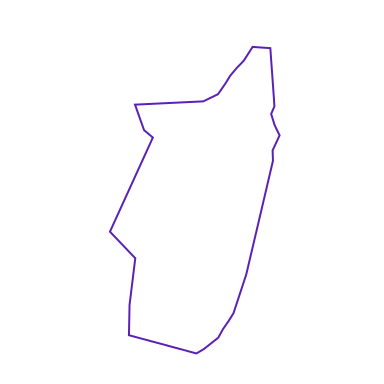 the district of Joca Claudino, Paraíba, Brazil, rotated 12°
{"feature_id": "56859067B54381118880568", "entity_name": "Joca Claudino", "entity_type": "district", "adm_level": 2, "iso_a3": "BRA", "parent_name": "Brazil", "parent_adm1": "Paraíba", "projection": "equal_earth", "projection_center": [-38.476, -6.472], "detail": "fine", "context": "isolated", "style": "outline", "palette": "violet", "viewbox_px": 384, "rotation_deg": 12, "n_neighbors": 0, "source": "geoboundaries", "source_scale": "gbopen_adm2", "svg_char_len": 527}
<svg xmlns="http://www.w3.org/2000/svg" viewBox="0 0 384 384"><g transform="rotate(12 192 192)"><path d="M120.0,247.9L150.3,268.6L154.4,315.5L160.1,345.2L229.9,349.0L236.3,343.1L248.0,329.0L250.8,319.7L254.6,310.7L257.8,301.8L262.2,261.5L263.3,211.6L264.7,144.7L262.2,134.5L265.9,118.4L258.9,109.4L253.2,99.2L254.8,91.2L252.8,83.9L238.7,35.0L221.1,37.5L215.3,52.9L210.0,61.3L205.2,70.3L202.2,78.8L197.1,90.9L184.2,101.0L118.1,118.4L132.2,141.4L142.4,146.9L120.0,247.9Z" fill="none" stroke="#5b21b6" stroke-width="2"/></g></svg>